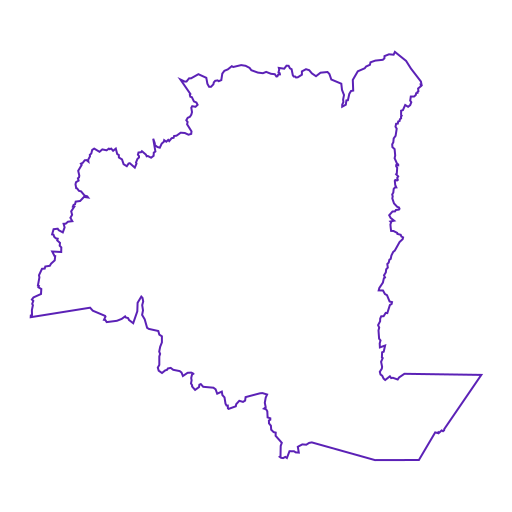 Tinogasta, Catamarca, Argentina
{"feature_id": "61730980B86901307553736", "entity_name": "Tinogasta", "entity_type": "district", "adm_level": 2, "iso_a3": "ARG", "parent_name": "Argentina", "parent_adm1": "Catamarca", "projection": "natural_earth1", "projection_center": [-68.378, -27.542], "detail": "fine", "context": "isolated", "style": "outline", "palette": "violet", "viewbox_px": 512, "rotation_deg": 0, "n_neighbors": 0, "source": "geoboundaries", "source_scale": "gbopen_adm2", "svg_char_len": 5948}
<svg xmlns="http://www.w3.org/2000/svg" viewBox="0 0 512 512"><path d="M481.3,374.9L404.4,373.8L399.0,377.5L397.7,379.5L392.9,377.8L391.2,378.1L389.9,376.3L385.2,380.0L383.6,378.6L382.2,375.7L380.5,374.5L379.8,371.8L381.8,368.7L382.1,366.8L381.1,361.8L382.7,358.1L381.9,357.5L382.1,352.3L383.7,351.7L385.1,345.5L379.9,347.4L379.7,343.4L380.5,340.4L379.1,338.7L378.5,330.4L379.2,327.6L378.1,325.1L380.1,321.3L380.2,318.6L381.2,316.3L383.6,316.2L385.7,312.9L387.3,313.1L389.9,305.0L391.6,304.0L392.0,302.1L389.6,301.5L387.0,295.2L384.9,294.0L383.0,290.5L378.7,290.4L379.3,288.0L382.9,282.6L383.9,278.2L385.0,277.5L384.0,275.3L385.8,272.4L386.2,269.3L387.8,267.6L387.3,264.0L388.7,262.6L389.4,259.7L390.7,258.9L391.4,255.5L393.2,251.9L394.8,250.6L399.6,242.0L402.7,239.1L403.1,237.4L401.4,236.5L400.7,234.8L397.4,233.9L397.2,232.9L393.5,231.0L391.1,230.9L390.7,227.7L390.4,224.5L391.1,222.3L390.4,221.5L394.1,220.7L390.6,217.9L389.2,215.2L392.5,211.5L395.0,211.4L395.9,210.0L398.9,209.6L399.5,208.8L399.0,207.5L397.2,206.8L394.0,203.4L392.3,198.4L392.7,196.4L392.2,194.5L393.3,192.6L393.7,188.9L394.9,187.5L396.3,187.4L395.2,184.9L394.8,180.8L395.3,180.0L397.0,180.5L397.8,179.9L397.2,178.0L398.2,176.4L396.1,174.2L396.8,173.4L397.2,167.8L396.1,166.1L396.3,165.0L398.2,165.3L398.2,164.5L396.9,163.4L394.6,158.2L395.2,155.5L394.6,149.1L392.4,147.1L392.2,144.3L393.3,142.3L393.7,138.4L395.6,135.8L396.7,128.7L395.5,126.7L396.1,123.8L397.8,123.6L398.2,121.5L399.6,121.0L399.9,119.3L401.1,118.3L401.0,116.6L401.7,115.7L401.1,115.1L401.1,110.7L402.9,110.1L405.2,105.0L408.1,106.8L410.2,105.1L411.3,102.2L410.2,100.6L410.8,96.5L414.1,96.5L415.7,95.1L416.2,93.2L417.6,92.8L417.6,91.7L418.4,91.2L418.1,88.5L421.0,86.1L420.7,84.7L421.6,84.9L420.9,81.5L410.9,68.5L406.1,60.9L394.9,51.9L393.6,54.7L389.0,54.3L384.5,56.1L384.4,58.4L382.8,59.8L375.3,60.6L370.5,62.3L369.9,64.8L366.1,66.5L364.7,68.3L357.8,71.3L352.8,79.9L353.2,90.6L351.0,91.0L349.3,93.9L347.9,100.2L346.4,100.4L345.8,104.7L342.2,106.7L342.2,104.7L343.4,102.1L343.1,99.7L344.0,95.0L342.0,89.9L341.3,83.7L331.3,79.5L329.4,74.0L327.5,72.0L320.5,72.7L316.0,76.2L311.9,73.4L309.2,70.2L306.0,69.2L301.9,71.4L301.9,74.7L297.8,77.3L296.0,77.5L295.1,76.5L293.7,76.5L292.8,75.2L291.6,69.2L289.9,68.3L288.6,65.8L286.5,65.7L284.2,68.7L278.8,67.9L279.2,69.7L278.5,72.3L279.7,73.2L279.9,74.4L278.2,74.6L277.4,76.3L276.4,76.5L274.8,74.2L271.0,73.8L266.2,71.9L262.9,73.2L257.9,72.6L251.3,70.2L249.6,67.9L245.6,65.8L241.2,65.1L233.2,67.0L231.8,66.2L227.8,69.4L224.4,70.8L222.3,73.6L221.3,80.1L218.7,81.2L217.6,80.4L215.2,80.8L213.8,82.4L213.4,84.3L211.0,86.8L209.1,86.8L207.4,83.8L206.3,77.8L198.4,74.2L191.1,78.3L189.1,78.3L186.5,81.5L184.8,81.6L180.4,79.5L190.4,94.0L189.8,94.7L190.3,96.7L191.9,97.2L193.9,101.4L196.4,102.5L197.6,104.8L195.5,106.8L192.2,106.2L191.3,107.8L192.0,112.1L191.3,114.7L189.9,116.8L187.7,117.8L186.3,120.2L187.6,122.0L187.1,124.3L191.5,131.4L191.2,133.9L188.5,134.7L184.8,133.0L180.7,132.7L176.5,135.7L174.1,136.0L173.6,137.8L171.6,138.2L169.2,141.1L168.2,139.9L166.3,141.7L164.2,140.2L163.9,141.7L161.7,143.6L159.8,147.7L157.4,147.0L154.8,145.0L154.8,143.3L153.2,138.7L155.4,151.5L153.8,152.6L153.6,155.8L151.1,157.7L147.8,156.0L146.7,156.3L145.9,154.6L141.9,151.2L141.1,152.2L138.5,152.5L137.9,154.7L139.0,156.1L139.0,157.5L137.4,159.0L136.0,162.5L136.5,163.6L134.8,167.6L129.8,163.2L128.6,163.5L126.8,166.2L123.6,164.2L122.0,159.4L118.9,157.5L118.8,155.0L117.2,154.0L115.8,148.6L113.1,150.8L111.2,148.6L109.7,149.2L108.9,148.6L106.6,150.3L102.3,149.4L99.5,151.8L94.2,148.6L92.2,149.9L91.3,153.5L89.8,154.9L90.0,156.3L88.1,159.9L88.4,161.6L86.5,160.1L84.7,160.3L82.8,162.8L80.9,163.7L81.7,164.9L78.2,170.8L79.3,175.6L79.0,177.4L77.9,178.3L78.6,180.6L76.0,182.2L75.5,184.3L76.2,188.2L77.1,188.4L78.9,190.8L81.1,191.4L84.6,195.6L87.2,196.3L88.1,197.5L84.0,196.9L80.1,201.0L75.7,201.6L75.0,204.3L73.6,204.9L72.9,206.6L74.2,206.8L71.2,211.3L72.1,214.8L70.4,217.8L72.3,221.2L68.0,221.7L65.7,223.7L63.6,223.8L64.6,227.4L62.8,232.4L58.7,230.2L57.7,228.7L53.6,229.2L52.1,234.4L53.5,234.7L54.2,236.8L55.8,238.3L57.7,238.7L57.2,240.4L60.0,242.9L59.7,245.7L61.3,247.4L61.2,252.0L52.2,251.5L54.5,256.0L55.2,256.1L54.7,260.4L51.1,263.6L49.8,265.8L45.3,266.5L44.7,268.6L42.0,268.8L39.0,275.2L39.4,277.4L37.9,285.6L38.9,286.0L38.4,287.3L41.3,289.0L41.0,294.0L33.5,297.4L31.9,299.5L33.3,300.9L32.2,303.9L32.9,305.2L31.9,310.0L32.0,315.0L30.8,315.5L30.7,317.2L90.1,307.7L92.8,310.7L105.1,315.9L105.5,316.6L104.0,319.8L105.3,320.0L106.7,322.1L116.9,320.8L121.7,318.9L125.1,316.4L125.7,317.4L128.1,318.1L129.0,320.0L133.2,323.2L137.3,311.3L137.6,302.8L141.3,296.6L142.5,297.9L143.2,301.4L142.2,305.1L143.0,310.4L142.1,314.9L144.7,319.3L147.1,327.8L148.8,328.9L158.3,331.0L159.3,334.6L161.9,336.3L161.9,342.4L160.2,346.7L159.2,351.6L160.1,353.9L159.3,356.4L159.3,364.9L157.8,367.6L158.7,370.7L162.0,373.0L165.2,370.4L167.1,369.8L167.8,368.5L170.7,367.9L173.2,369.8L179.7,371.1L181.5,372.5L182.9,376.0L187.6,372.8L191.2,372.6L192.8,373.3L193.3,373.8L192.0,374.7L191.2,378.0L191.6,380.3L191.0,383.5L192.1,385.2L192.1,386.5L195.1,389.9L199.0,387.1L199.4,384.7L200.8,384.1L203.2,386.8L213.4,387.7L215.6,389.3L217.2,393.7L221.8,391.6L222.4,395.1L224.5,397.4L225.5,403.7L226.5,405.5L227.8,405.5L227.9,408.3L228.6,408.9L235.8,406.3L236.2,404.2L239.3,400.8L243.0,401.9L245.1,400.6L245.6,397.1L260.0,393.3L262.5,393.1L267.1,394.5L265.7,397.6L264.8,402.8L265.7,407.2L264.0,408.6L266.1,409.3L267.3,411.3L267.6,417.4L270.3,418.3L270.3,419.7L268.9,420.5L269.0,423.4L270.9,425.7L271.2,429.7L273.6,432.1L275.7,432.6L275.6,435.8L281.8,442.8L280.7,445.9L280.5,456.2L279.7,456.8L281.1,457.8L283.1,458.1L285.3,456.9L286.9,458.0L289.5,451.2L294.1,451.3L295.7,452.4L298.8,452.6L297.8,446.8L302.3,444.4L306.3,444.7L309.1,442.9L311.8,442.4L375.0,460.1L418.9,460.0L435.2,432.4L437.5,433.0L438.2,432.3L438.7,433.1L441.7,430.4L443.0,431.2L444.1,430.3L444.3,429.0L481.3,374.9Z" fill="none" stroke="#5b21b6" stroke-width="2"/></svg>